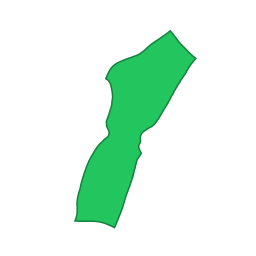 the district of Shibam, Hadramawt, Yemen, rotated 201°
{"feature_id": "15242507B68868493059781", "entity_name": "Shibam", "entity_type": "district", "adm_level": 2, "iso_a3": "YEM", "parent_name": "Yemen", "parent_adm1": "Hadramawt", "projection": "mercator", "projection_center": [48.641, 15.882], "detail": "fine", "context": "isolated", "style": "filled", "palette": "green", "viewbox_px": 256, "rotation_deg": 201, "n_neighbors": 0, "source": "geoboundaries", "source_scale": "gbopen_adm2", "svg_char_len": 3631}
<svg xmlns="http://www.w3.org/2000/svg" viewBox="0 0 256 256"><g transform="rotate(201 128 128)"><path d="M104.9,30.2L104.9,31.0L104.7,34.2L104.7,35.3L104.7,37.2L104.6,40.1L104.6,43.0L104.5,44.9L104.5,45.7L104.5,46.4L104.5,48.0L104.5,48.9L104.5,50.1L104.5,51.3L104.6,52.8L104.7,53.8L104.9,55.0L104.9,57.0L105.0,57.6L105.3,60.3L105.3,61.3L105.4,62.5L105.6,65.0L105.5,68.3L105.6,69.3L105.6,70.7L105.6,71.9L105.6,73.6L105.6,74.9L105.7,76.5L105.8,78.1L105.8,79.0L105.9,80.0L105.9,81.1L106.0,83.8L106.1,84.7L106.3,86.1L106.5,87.6L106.6,88.7L106.8,89.7L107.0,90.9L107.1,93.3L107.4,95.5L107.7,97.6L107.9,99.2L108.0,99.8L108.1,102.2L107.4,104.8L106.5,109.2L109.7,112.1L111.0,113.5L111.1,113.9L111.2,114.0L111.3,114.4L111.7,115.7L111.3,118.9L111.4,119.3L111.5,119.5L111.5,119.8L111.5,120.0L111.7,120.5L111.8,120.6L112.1,121.4L113.1,123.4L113.5,125.5L113.2,128.0L112.3,130.2L111.3,131.6L110.8,132.3L110.1,133.3L109.5,134.2L108.1,135.9L106.5,137.8L105.3,139.7L104.4,141.6L103.8,144.0L103.2,146.2L102.8,148.0L102.5,149.3L102.4,150.2L102.1,151.5L102.1,152.0L101.8,153.7L101.5,155.6L101.4,156.1L101.0,158.7L100.5,161.2L100.0,164.0L99.6,166.4L99.4,167.8L99.2,168.9L99.0,171.3L98.7,174.3L98.2,176.5L98.1,178.9L97.6,181.2L97.2,183.7L96.9,185.9L96.2,188.8L96.1,189.3L95.7,191.8L95.2,193.8L95.2,194.0L95.1,194.4L94.6,196.4L94.2,198.1L94.0,198.8L93.6,201.1L93.4,203.3L93.3,203.6L93.0,205.5L92.7,206.9L92.5,208.0L92.1,209.5L91.9,210.4L91.0,213.2L90.3,215.2L89.6,217.3L90.0,217.4L90.4,217.4L90.8,217.6L92.4,218.1L94.7,219.0L96.7,219.8L98.7,220.6L101.3,221.9L103.2,222.8L106.0,224.0L108.6,225.2L109.7,225.8L110.9,226.4L112.9,227.6L113.9,228.2L114.9,228.9L116.0,229.6L117.1,230.3L118.6,231.1L119.4,231.6L120.2,232.1L122.0,233.1L123.4,233.9L123.8,233.1L124.2,232.6L125.1,230.9L125.2,230.7L126.6,228.7L128.1,226.4L129.6,224.2L131.0,222.1L132.7,219.7L134.3,217.5L135.8,215.2L137.0,213.3L137.3,212.6L138.3,210.9L139.3,208.8L139.8,207.7L140.4,206.6L141.2,205.1L142.1,203.8L142.8,202.7L144.2,200.7L145.3,199.5L146.0,198.8L147.9,197.2L148.2,196.9L148.5,196.7L149.8,195.5L152.4,193.3L154.2,191.8L155.2,190.9L156.1,190.0L158.0,188.2L159.5,186.7L160.0,186.2L161.7,184.3L162.3,183.5L163.1,182.5L164.2,180.3L165.2,177.9L165.6,176.3L165.7,175.6L165.8,174.8L166.0,173.5L166.2,170.8L166.4,168.0L166.4,166.8L166.4,166.0L164.9,165.8L163.7,165.4L162.9,165.0L162.2,164.6L160.9,163.6L159.1,161.5L159.1,161.4L157.3,158.6L155.7,156.0L155.0,154.7L154.4,153.4L153.7,151.9L153.4,151.3L153.1,150.0L152.8,148.6L152.1,145.9L151.9,145.1L151.5,143.9L151.2,141.7L151.2,141.0L151.1,140.5L151.1,138.3L150.8,135.5L150.6,133.3L150.7,131.0L150.6,128.7L150.6,126.6L149.8,124.6L148.6,122.1L147.2,120.7L145.8,119.2L145.7,119.1L145.4,118.8L144.7,118.1L144.2,117.5L144.0,116.8L143.8,116.0L143.4,114.0L144.1,111.8L146.0,108.8L146.9,106.4L148.0,104.4L148.9,102.5L149.5,100.5L150.0,98.8L150.1,98.5L150.8,95.4L151.4,91.9L152.0,88.8L152.3,86.0L152.6,83.6L152.7,80.8L152.8,78.6L152.8,75.8L152.8,75.0L152.7,73.2L152.7,71.1L152.7,70.3L152.5,68.2L152.4,66.0L152.4,65.6L152.2,63.7L152.0,61.1L151.8,59.4L151.7,58.4L151.6,57.6L151.3,55.9L150.9,53.5L150.9,52.7L150.8,51.2L150.6,48.9L150.6,48.6L150.3,46.3L150.1,45.3L149.9,44.2L149.4,42.2L148.8,39.8L148.0,37.9L147.0,35.7L146.4,34.0L146.3,33.7L145.9,32.7L145.5,31.6L145.1,30.4L144.7,29.4L144.4,26.8L144.2,25.1L144.2,24.7L144.2,22.1L142.1,22.9L140.1,23.5L139.8,23.6L137.3,24.6L135.3,25.3L133.6,26.0L133.3,26.1L131.3,26.9L129.1,27.7L128.6,27.9L126.5,28.7L124.4,29.3L123.1,29.7L122.2,29.9L119.3,30.3L117.2,30.6L115.7,30.7L115.1,30.7L113.4,30.7L112.9,30.7L109.9,30.6L106.9,30.4L106.3,30.3L104.9,30.2Z" fill="#22c55e" stroke="#15803d" stroke-width="1.5"/></g></svg>